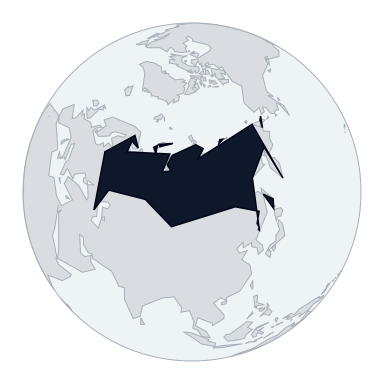 Russia on an orthographic globe
{"feature_id": "RUS", "entity_name": "Russia", "entity_type": "country or territory", "adm_level": 0, "iso_a3": "RUS", "parent_name": "Europe", "parent_adm1": "", "projection": "orthographic", "projection_center": [98.07, 61.527], "detail": "coarse", "context": "on_globe", "style": "filled", "palette": "ink", "viewbox_px": 384, "rotation_deg": 0, "n_neighbors": 0, "source": "natural_earth", "source_scale": "50m", "svg_char_len": 12055}
<svg xmlns="http://www.w3.org/2000/svg" viewBox="0 0 384 384"><circle cx="192" cy="192" r="169" fill="#eef3f6" stroke="#a8b0b8"/><path d="M260.7,37.6L269.9,43.5L265.5,39.9L269.8,42.0L273.7,44.4L271.1,43.1L274.0,46.6L278.9,50.8L279.0,56.3L268.5,59.3L266.9,56.3L264.6,57.6L266.4,61.5L268.1,63.8L262.5,75.5L266.6,91.3L273.3,96.5L267.6,95.4L283.9,105.8L289.6,115.7L279.8,104.5L276.3,103.3L278.5,109.8L275.4,110.1L274.6,113.5L270.7,113.3L265.3,107.0L262.6,106.9L264.3,111.6L261.5,114.5L259.3,107.6L254.1,112.2L244.1,103.1L241.6,85.9L232.7,81.7L221.4,66.7L219.2,68.5L213.5,64.3L208.7,64.8L208.0,62.1L204.9,64.9L206.4,67.3L205.6,69.4L203.0,70.0L201.5,66.6L202.7,65.8L200.9,65.1L201.3,63.2L199.6,64.5L198.2,60.4L195.6,65.4L191.2,62.9L191.4,60.0L196.5,59.1L209.5,51.0L211.2,48.3L208.5,45.0L192.6,41.0L192.3,38.6L188.3,36.2L186.0,37.9L188.4,40.4L183.2,43.3L186.8,46.3L185.2,48.0L186.8,51.8L181.0,52.6L174.5,51.3L172.9,48.3L170.0,47.7L167.1,51.8L159.8,47.7L147.4,47.7L146.1,46.7L151.7,41.9L163.1,38.5L170.3,33.4L160.0,38.2L156.9,35.8L154.1,36.2L151.0,37.3L149.9,38.8L147.7,38.4L157.1,33.3L159.2,33.6L156.2,35.1L161.6,33.6L167.9,30.6L165.8,29.9L177.5,26.9L176.2,26.4L178.0,25.6L179.3,26.5L177.1,25.0L190.5,23.3L189.2,23.1L193.8,23.1L196.5,23.2L203.4,23.5L211.5,24.3L211.2,24.2L222.3,25.9L230.9,27.6L246.0,31.9L260.7,37.6ZM345.5,126.6L344.3,125.5L344.2,123.9L345.5,126.6ZM344.1,126.5L344.4,126.5L344.3,126.8L344.1,126.5ZM344.4,127.8L344.2,126.8L344.5,128.1L344.4,127.8ZM344.9,129.7L344.5,128.6L344.6,128.8L344.9,129.7ZM345.1,132.2L345.1,132.8L344.7,131.6L345.1,132.2ZM269.4,64.9L266.7,61.6L266.3,58.1L268.9,60.7L269.4,64.9ZM269.8,72.2L267.7,70.6L270.5,68.9L270.8,70.3L269.8,72.2ZM278.8,100.4L277.2,97.0L279.8,100.2L278.8,100.4ZM275.2,114.0L276.7,114.9L275.7,116.3L275.2,114.0ZM189.8,51.2L188.3,51.5L188.8,50.6L189.8,51.2ZM191.9,52.6L193.6,51.4L194.8,51.9L193.8,52.7L191.9,52.6ZM268.7,117.4L266.6,119.5L267.8,116.3L268.7,117.4ZM189.6,54.1L196.8,53.0L198.9,54.0L196.8,57.7L189.6,54.1ZM264.8,120.0L259.9,125.4L262.8,127.8L252.0,124.3L259.8,120.7L260.7,116.3L262.2,119.4L264.8,120.0ZM208.1,67.8L206.3,65.3L210.2,66.9L208.1,67.8ZM210.8,68.3L224.2,70.6L225.5,74.8L220.8,73.1L224.5,78.3L218.6,79.2L215.2,76.6L215.5,73.6L213.0,76.2L210.8,68.3ZM246.9,121.6L244.9,122.1L246.0,120.4L246.9,121.6ZM205.6,70.4L208.1,70.4L209.5,74.0L204.6,74.6L205.7,73.2L205.6,70.4ZM228.4,79.3L228.5,82.2L223.8,83.7L223.2,85.0L218.6,79.6L228.4,79.3ZM204.1,72.7L202.1,74.9L199.0,73.8L203.1,70.6L204.1,72.7ZM211.9,74.7L212.3,76.5L210.5,75.7L211.9,74.7ZM187.1,71.4L190.1,71.2L191.1,73.0L187.1,71.4ZM201.5,75.8L202.6,76.2L203.3,76.9L201.4,78.1L201.5,75.8ZM215.6,81.1L213.5,81.2L217.2,83.4L213.8,84.7L211.3,80.9L211.0,83.1L209.9,83.5L209.1,79.9L215.6,81.1ZM201.6,81.6L197.3,77.4L191.4,77.3L190.4,75.6L200.0,76.1L201.6,81.6ZM206.1,80.9L203.1,80.9L203.3,78.7L205.5,77.4L206.1,80.9ZM212.4,87.1L218.2,86.0L218.6,86.9L212.4,87.1ZM199.8,81.9L200.9,83.0L199.4,82.2L199.8,81.9ZM208.5,85.9L210.5,85.4L210.8,86.4L208.5,85.9ZM201.4,85.5L200.0,84.1L201.4,83.1L201.4,85.5ZM204.6,86.0L204.5,87.6L202.8,83.6L205.4,85.6L204.6,86.0ZM208.4,87.0L209.3,87.4L207.5,87.1L208.4,87.0ZM196.7,90.2L194.1,85.4L197.3,83.2L199.4,88.1L196.7,90.2ZM41.1,116.0L44.8,109.2L45.5,109.1L50.0,103.6L59.0,115.8L56.1,124.0L57.7,146.1L57.1,149.9L51.7,152.1L48.8,175.9L54.0,177.4L56.5,196.0L61.5,205.8L72.4,200.0L64.3,183.8L68.0,176.4L78.7,185.5L86.5,199.9L88.2,197.5L87.6,184.9L93.8,184.8L87.8,180.2L87.0,184.6L83.3,181.9L83.8,177.8L86.0,177.9L84.9,172.8L74.8,174.2L72.8,178.8L67.2,168.4L63.4,175.1L60.3,174.0L65.6,162.2L68.4,160.4L74.5,143.5L71.0,144.4L65.0,160.5L64.9,157.0L60.1,158.8L63.7,154.7L71.2,137.2L69.0,127.6L58.6,122.8L59.0,116.8L62.7,109.0L74.2,104.5L72.2,118.5L76.2,117.4L83.2,110.0L82.0,115.0L84.5,113.8L84.4,119.0L90.7,122.4L91.6,127.3L100.3,125.0L101.9,127.4L96.3,128.0L92.8,131.2L95.7,143.8L98.1,145.2L103.5,142.8L103.6,146.8L108.5,142.9L113.2,148.9L111.6,138.4L117.9,135.7L124.1,137.5L125.9,134.9L115.8,131.9L112.0,132.5L109.2,136.0L98.6,136.4L96.3,132.9L106.2,125.6L104.0,120.0L112.7,117.1L134.8,126.3L140.8,132.2L137.7,148.6L132.7,148.9L131.3,143.1L126.8,151.4L129.9,149.3L130.0,152.7L136.1,151.3L136.5,153.7L141.7,148.4L142.8,151.2L139.5,154.5L149.4,155.2L153.4,160.4L155.5,159.5L156.6,157.0L160.9,165.5L162.2,164.4L161.3,161.2L163.4,157.0L168.8,153.2L170.0,156.3L168.2,158.1L166.3,166.9L161.4,171.5L162.5,172.4L167.0,169.2L169.3,158.5L172.2,155.3L171.8,160.3L172.2,158.2L174.0,157.6L176.9,160.1L177.6,154.6L195.9,144.8L203.4,148.8L201.0,154.2L215.1,151.5L222.5,156.8L221.6,153.8L227.8,150.8L225.5,149.0L225.6,147.4L240.4,139.6L244.8,140.4L250.2,134.1L249.8,132.6L246.8,131.6L252.0,124.3L262.8,127.8L263.2,131.0L269.6,131.3L269.7,138.6L272.8,145.0L269.2,153.3L271.9,157.8L274.1,157.4L279.5,163.5L282.9,177.9L270.4,167.9L263.4,147.9L265.4,156.1L262.0,154.8L261.0,158.2L262.7,164.1L264.7,164.4L252.5,177.8L250.8,194.7L257.9,191.4L263.0,194.5L267.3,212.2L255.9,239.9L262.5,245.3L263.3,249.9L258.3,254.3L257.1,247.7L251.6,246.7L251.7,242.5L243.3,247.8L243.0,242.0L236.7,249.3L239.7,253.2L247.2,250.5L241.8,259.5L250.1,265.3L251.6,273.8L239.7,291.2L226.6,297.5L226.0,300.0L220.5,297.9L213.6,303.3L224.1,315.0L223.9,318.4L212.6,325.7L212.3,323.3L197.8,317.7L195.4,325.6L206.3,331.5L210.1,337.8L201.8,336.2L197.9,330.4L192.8,328.2L194.0,321.6L189.4,310.6L181.0,312.2L181.5,307.6L174.0,296.9L161.8,298.1L142.5,306.0L140.1,316.3L133.3,318.6L124.6,299.7L124.4,287.6L118.9,286.3L111.8,271.5L92.8,258.5L92.2,254.1L88.2,252.7L83.6,244.7L83.5,237.6L79.7,234.3L80.5,253.0L84.8,256.5L91.3,255.5L90.5,260.8L95.2,269.3L82.4,272.2L57.6,258.4L58.8,249.5L58.6,212.7L60.7,211.1L60.8,210.7L61.0,210.1L57.3,212.0L58.5,205.0L54.7,228.2L52.5,235.4L57.2,258.4L55.9,258.3L58.5,264.4L71.2,274.4L70.5,276.6L62.3,280.6L47.9,275.1L51.9,285.2L54.3,290.0L47.4,279.3L41.2,268.2L35.9,256.7L31.5,244.8L28.0,232.6L25.4,220.2L23.8,207.6L23.1,195.0L23.4,192.1L23.6,186.4L23.6,180.4L24.4,173.6L24.8,169.4L26.4,158.4L30.0,143.8L35.0,129.7L41.1,116.0ZM50.3,115.7L48.7,116.7L50.3,115.7ZM91.1,220.3L98.3,228.2L101.4,218.5L104.4,220.8L104.4,216.7L101.6,217.8L102.5,207.3L107.9,208.7L110.3,205.0L108.0,202.2L98.0,201.4L96.7,216.3L92.3,217.1L91.1,220.3ZM156.4,36.1L155.6,36.5L152.3,37.4L153.7,36.5L156.4,36.1ZM139.2,44.9L136.0,44.1L139.2,44.0L140.4,42.4L148.6,40.2L145.9,46.0L145.7,43.7L139.2,44.9ZM158.8,39.3L153.9,39.8L159.4,39.1L158.8,39.3ZM99.0,103.0L96.8,105.9L93.7,105.8L92.7,100.2L97.2,100.2L99.0,103.0ZM94.5,110.2L104.6,104.9L105.7,108.4L103.4,107.3L103.1,110.1L99.3,109.1L90.3,117.9L87.0,118.4L86.9,107.4L88.8,110.6L90.8,107.4L94.5,110.2ZM128.7,87.4L133.1,85.8L129.7,95.4L126.0,95.8L124.7,90.1L128.3,86.2L128.7,87.4ZM184.4,61.0L186.3,60.2L186.7,61.1L185.4,62.5L184.4,61.0ZM188.4,71.1L176.5,65.7L178.1,64.4L169.2,63.1L169.9,59.3L175.6,60.2L169.5,56.5L175.0,55.8L170.4,53.7L183.1,56.2L187.7,55.6L182.3,57.6L181.5,61.1L182.5,62.4L189.0,65.9L198.7,66.7L199.4,70.4L197.4,72.9L195.2,73.3L195.4,70.7L192.3,73.1L190.9,69.6L188.4,71.1ZM173.3,103.0L174.4,99.2L168.0,104.6L166.6,100.7L165.9,101.6L162.8,99.5L158.0,98.6L158.1,96.6L156.1,97.1L154.0,95.8L151.4,95.9L150.7,92.5L147.4,92.3L148.9,90.8L143.5,91.5L147.2,89.5L144.9,87.8L142.5,90.7L144.9,73.0L143.1,67.5L139.5,64.3L146.4,61.5L154.1,62.9L161.3,66.9L162.1,72.7L165.0,70.5L166.3,72.7L163.4,73.5L168.6,73.6L168.9,75.6L175.3,79.9L182.5,79.0L185.1,80.7L182.3,82.1L186.7,82.8L183.3,86.6L185.0,87.9L183.4,93.1L177.1,95.2L179.5,96.5L178.4,100.7L173.3,103.0ZM196.0,91.6L188.9,94.7L184.6,94.2L189.3,85.4L188.2,83.7L191.0,78.3L197.2,79.2L195.8,80.7L195.9,82.3L193.9,81.3L195.6,83.3L193.7,85.4L194.5,87.6L192.0,88.0L196.0,91.6ZM59.5,151.4L59.6,153.9L60.4,157.3L57.4,158.5L59.5,151.4ZM64.4,139.4L64.9,141.2L61.1,144.3L61.0,141.8L64.4,139.4ZM68.5,139.6L65.2,141.0L66.9,138.7L68.5,139.6ZM97.1,129.5L98.1,131.3L96.9,132.3L94.8,132.2L97.1,129.5ZM153.9,118.9L155.3,116.6L156.3,116.9L161.7,113.9L163.2,116.6L160.5,119.6L153.9,118.9ZM69.2,198.9L65.8,197.8L65.9,195.5L67.0,196.3L69.2,198.9ZM59.9,177.5L60.4,183.6L59.1,177.8L59.9,177.5ZM156.4,121.4L158.5,119.8L157.9,122.2L156.4,121.4ZM164.5,118.5L164.5,121.2L164.0,116.6L164.5,118.5ZM61.9,299.8L61.4,299.1L66.1,304.0L67.5,304.3L71.6,309.8L71.8,310.7L61.9,299.8ZM251.4,342.2L256.2,340.9L256.0,341.2L251.4,342.2ZM246.4,342.7L252.0,341.2L245.4,343.6L246.4,342.7ZM254.2,340.6L259.8,338.1L262.3,336.8L261.8,337.5L254.2,340.6ZM242.6,343.8L221.7,347.7L213.3,347.9L215.3,346.6L228.9,345.0L242.6,343.8ZM214.7,346.6L201.8,344.0L183.9,332.0L190.3,332.5L209.0,339.6L207.8,340.9L215.6,343.2L214.7,346.6ZM245.6,334.9L244.3,338.5L232.8,340.7L227.5,341.1L223.9,337.3L225.9,334.6L230.3,334.0L246.8,321.6L252.6,322.3L247.6,327.5L252.3,329.4L245.6,334.9ZM140.8,317.5L144.5,324.5L140.8,324.3L140.8,317.5ZM253.2,313.0L246.7,319.1L252.6,311.7L253.2,313.0ZM256.5,306.2L257.0,308.4L254.2,306.9L256.5,306.2ZM226.0,303.7L221.4,304.9L221.2,303.0L226.9,300.4L226.0,303.7ZM252.7,280.8L253.1,286.7L252.4,289.0L250.1,286.0L252.7,280.8ZM172.0,144.4L162.9,145.4L157.3,148.3L155.7,153.2L154.1,146.9L162.6,142.4L172.0,144.4ZM192.8,144.3L194.2,140.2L196.2,141.8L196.2,143.0L192.8,144.3ZM191.8,142.0L188.6,137.3L191.0,135.0L193.1,139.1L191.8,142.0ZM172.2,129.0L169.4,129.1L169.9,127.1L172.2,129.0ZM232.8,355.9L232.0,356.1L234.2,355.6L234.2,354.9L253.6,348.1L267.9,339.4L277.4,335.1L285.4,328.0L294.8,322.4L291.2,326.8L300.0,321.4L308.3,311.1L311.3,311.6L312.3,310.7L302.6,319.7L292.3,328.0L281.4,335.4L269.9,341.9L257.9,347.6L245.5,352.3L232.8,355.9ZM340.7,271.9L341.4,270.6L341.6,270.3L340.7,271.9ZM263.3,338.4L270.1,333.7L273.7,331.9L263.3,338.4ZM340.0,272.7L338.5,275.2L338.7,274.6L340.0,272.7ZM340.4,271.7L341.0,271.1L340.4,271.7ZM337.6,275.3L339.3,273.3L337.3,275.7L337.6,275.3ZM336.3,277.1L334.9,278.7L335.1,278.4L336.3,277.1ZM318.4,298.4L324.0,295.4L319.1,300.5L313.8,303.7L309.0,309.5L298.4,317.1L301.1,314.1L299.8,313.1L288.5,319.3L286.2,319.1L290.3,315.7L282.6,318.6L291.1,313.4L294.4,314.5L299.1,309.2L307.0,304.3L314.3,299.4L319.9,296.3L318.4,298.4ZM290.8,320.0L292.3,319.2L290.9,320.7L290.8,320.0ZM332.2,281.0L334.3,279.5L334.0,280.1L332.9,281.3L332.2,281.0ZM321.2,294.6L327.4,286.0L328.8,284.5L324.6,291.4L321.2,294.6ZM326.1,286.0L328.8,283.4L330.1,283.1L329.5,284.1L326.1,286.0ZM273.6,326.2L273.2,327.2L271.0,327.5L273.6,326.2ZM276.5,324.4L283.2,322.0L275.9,325.4L276.5,324.4ZM255.6,329.3L257.6,330.8L264.1,327.2L259.2,330.9L263.4,332.6L261.9,334.3L257.7,332.4L256.0,336.5L253.1,337.3L251.6,334.7L254.6,329.7L257.5,327.0L269.1,322.1L255.6,329.3ZM276.5,321.8L274.8,320.0L276.1,317.7L278.0,318.2L276.5,321.8ZM269.2,315.5L264.2,313.8L259.8,316.7L268.5,308.4L271.9,311.5L269.2,315.5ZM264.7,309.1L260.6,311.8L264.7,307.2L264.7,309.1ZM259.4,310.9L258.8,308.4L262.1,307.6L259.4,310.9ZM266.8,308.4L267.3,303.5L269.1,305.6L266.8,308.4ZM256.9,302.5L264.3,304.8L254.9,305.9L253.7,296.4L257.6,295.0L256.9,302.5ZM273.4,250.9L272.0,247.9L275.3,245.5L275.4,248.3L273.4,250.9ZM284.8,235.6L275.7,243.9L268.2,250.6L271.0,251.1L270.0,257.7L265.5,253.8L270.1,245.0L275.9,240.9L275.9,235.4L279.7,229.8L277.6,223.7L278.9,219.9L282.7,224.2L284.8,235.6ZM276.4,221.3L274.0,209.4L280.7,207.7L282.7,209.9L281.0,216.0L277.6,216.5L276.4,221.3ZM275.4,206.1L272.1,206.6L261.6,191.7L261.1,188.2L272.6,198.2L270.0,199.3L271.4,203.4L275.4,206.1ZM246.0,123.6L245.0,122.2L246.9,122.8L246.0,123.6ZM224.2,146.5L224.6,144.3L226.8,144.9L224.2,146.5ZM226.9,138.7L224.2,139.5L226.6,137.3L226.9,138.7ZM218.1,141.7L222.8,139.2L219.0,143.5L218.1,141.7Z" fill="#d9dde1" stroke="#a8b0b8" stroke-width="1"/><path d="M259.4,230.3L258.4,229.5L259.2,227.0L257.1,223.6L259.1,211.3L235.3,206.8L171.5,226.7L145.3,199.4L108.7,190.1L93.9,209.9L104.9,151.8L135.0,135.4L138.2,148.1L132.0,141.1L127.0,151.9L169.8,154.0L162.2,172.0L170.9,171.0L167.3,164.8L172.3,155.4L195.7,144.7L203.2,148.6L198.2,158.7L252.0,124.3L282.9,178.0L264.0,147.0L252.4,178.0L259.4,230.3ZM262.5,127.7L260.1,120.5L260.5,116.1L262.5,127.7ZM173.1,143.4L159.9,146.8L159.0,144.4L173.1,143.4ZM263.3,194.1L273.2,198.9L273.7,208.5L263.3,194.1ZM157.5,145.4L155.8,153.3L153.6,147.4L157.5,145.4ZM218.9,143.4L219.8,139.6L223.0,139.2L218.9,143.4Z" fill="#0f172a" stroke="#020617" stroke-width="1.5"/></svg>